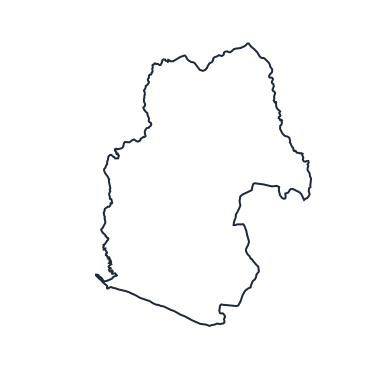 outline of Liúpo, Nampula, Mozambique, rotated 68°
{"feature_id": "85939544B62807674730552", "entity_name": "Liúpo", "entity_type": "district", "adm_level": 2, "iso_a3": "MOZ", "parent_name": "Mozambique", "parent_adm1": "Nampula", "projection": "albers", "projection_center": [40.01, -15.693], "detail": "fine", "context": "isolated", "style": "outline", "palette": "slate", "viewbox_px": 384, "rotation_deg": 68, "n_neighbors": 0, "source": "geoboundaries", "source_scale": "gbopen_adm2", "svg_char_len": 5935}
<svg xmlns="http://www.w3.org/2000/svg" viewBox="0 0 384 384"><g transform="rotate(68 192 192)"><path d="M241.5,297.4L242.1,298.0L242.4,299.0L242.5,304.7L241.9,306.9L241.1,307.4L237.6,308.1L235.6,309.6L234.2,309.8L233.1,310.8L232.7,312.0L233.3,312.3L237.6,310.5L239.6,309.4L242.9,308.2L247.3,305.8L249.1,306.8L249.8,306.6L250.0,305.7L249.7,304.3L249.8,302.7L251.6,300.7L253.1,298.4L254.4,297.2L259.0,290.6L261.2,288.1L266.7,282.9L270.7,279.8L277.5,271.9L280.4,270.0L283.3,267.1L283.9,265.6L285.7,263.9L287.7,260.9L293.6,255.6L295.5,253.3L300.9,249.0L301.1,249.0L304.4,245.4L311.1,239.9L317.4,233.7L320.3,228.5L322.7,226.0L322.8,223.5L323.4,220.9L323.4,217.9L324.9,215.7L325.6,211.8L325.0,210.8L323.7,210.3L322.2,210.1L321.1,209.3L320.7,208.5L319.6,207.9L316.7,208.5L316.1,208.9L315.2,211.1L314.6,211.4L312.2,211.2L309.9,209.6L308.4,209.0L307.4,207.7L307.2,206.9L307.6,206.6L314.5,193.3L314.5,191.6L312.8,189.4L310.9,187.3L307.1,184.2L303.9,180.4L303.2,178.9L302.4,175.7L302.4,173.4L301.4,172.9L297.6,169.4L296.4,166.1L294.5,164.2L292.7,163.2L291.0,160.1L290.4,159.6L285.9,158.5L284.0,159.5L279.8,160.9L277.3,161.5L276.4,161.8L275.9,162.5L273.3,162.7L270.0,164.0L266.7,164.0L264.9,163.1L262.4,160.1L259.7,157.9L258.7,157.6L253.2,157.1L248.4,156.2L242.6,156.1L241.1,156.6L240.8,157.1L240.3,159.0L239.0,161.9L238.8,164.7L238.2,165.8L235.0,163.9L232.2,161.2L229.2,159.7L227.7,157.5L223.4,152.9L222.1,152.0L220.1,151.8L217.8,151.1L214.2,148.9L213.3,146.3L212.7,136.4L212.4,135.7L210.2,134.4L207.8,132.5L207.3,131.6L207.5,130.3L212.0,122.5L216.8,115.7L218.0,111.3L219.4,109.8L220.1,109.3L221.3,110.2L222.5,110.4L223.0,110.9L227.9,111.6L231.3,110.7L232.8,109.2L232.8,107.8L231.4,106.9L228.4,106.1L228.6,103.1L226.5,100.1L226.3,99.1L226.8,97.8L227.5,96.9L232.6,92.4L235.0,91.4L241.4,91.1L240.7,89.1L240.8,87.3L238.8,84.3L237.9,83.7L235.0,83.5L232.4,82.0L231.8,80.3L230.3,79.9L224.2,76.6L221.8,76.7L218.6,76.0L214.8,76.6L213.1,75.9L211.6,74.5L209.6,74.5L209.2,73.5L208.4,72.8L206.8,72.6L206.4,73.8L206.4,75.2L205.8,76.5L205.2,76.9L203.8,77.1L203.1,77.0L202.1,76.0L201.4,75.9L199.0,76.0L198.0,75.1L196.9,76.2L196.8,77.1L195.1,79.3L195.1,79.8L194.4,80.3L193.1,80.4L192.2,81.2L192.3,81.9L191.6,82.3L190.0,81.8L188.9,81.8L187.3,82.4L184.2,82.4L182.6,82.7L181.3,81.8L178.2,81.5L176.7,82.4L174.7,84.9L173.8,85.4L171.3,86.3L166.5,86.7L163.6,85.4L163.3,84.2L161.8,82.8L160.0,82.4L159.3,81.7L158.6,82.2L158.9,82.7L158.6,83.3L157.1,83.3L155.9,84.0L155.1,83.4L154.7,81.8L154.0,81.3L151.5,81.6L150.4,80.1L146.8,81.7L144.4,81.9L141.2,80.9L140.4,80.3L139.8,80.5L139.9,81.6L137.8,82.0L136.3,80.8L134.2,80.1L131.6,78.0L130.3,77.9L128.3,79.1L127.2,79.0L124.8,76.6L122.6,76.1L120.9,77.0L119.8,76.8L118.2,75.0L117.4,74.6L116.8,74.6L115.9,75.3L115.2,76.8L114.4,77.4L113.5,77.2L112.2,75.8L111.4,73.9L110.5,72.6L108.2,71.7L105.5,72.5L103.3,72.1L100.8,72.4L95.2,74.8L94.4,75.5L94.3,76.6L92.8,78.0L90.9,78.6L87.1,79.1L82.9,80.8L79.0,82.9L75.5,83.8L75.1,85.2L76.1,87.1L76.5,88.8L76.7,93.1L75.4,98.0L75.3,99.9L76.0,101.4L76.7,104.0L76.4,105.1L74.8,106.7L74.3,108.6L74.7,110.1L76.2,110.9L76.7,111.5L77.0,112.9L77.0,113.5L75.2,115.8L75.6,117.6L75.5,120.6L76.2,122.4L77.3,122.8L78.6,124.2L79.1,125.1L79.3,127.9L79.9,128.4L81.1,130.3L82.3,131.3L82.8,131.9L82.9,132.8L83.7,133.5L83.8,136.4L81.7,139.0L73.6,141.2L72.3,142.1L71.0,144.3L68.5,146.0L66.8,146.7L63.6,147.0L62.7,147.6L62.4,152.2L63.7,160.5L62.8,162.8L60.7,164.4L62.2,165.1L62.3,165.7L60.9,166.2L60.5,167.1L59.1,167.4L58.9,168.2L58.4,168.6L58.5,169.5L59.0,170.3L59.6,170.6L60.0,171.2L60.9,171.6L62.4,173.6L62.2,174.5L60.4,175.7L59.9,177.4L58.9,178.0L58.8,178.6L59.5,179.8L59.4,180.8L59.7,181.2L61.9,181.8L63.2,182.9L64.7,183.1L65.8,183.6L66.1,184.6L66.9,185.0L67.7,185.8L67.4,187.1L67.8,188.3L70.1,189.3L70.8,190.7L72.4,191.1L73.5,190.7L74.4,191.0L75.7,192.9L76.4,195.2L77.4,195.6L78.7,196.7L79.8,198.5L82.1,198.6L84.2,199.3L85.2,200.3L86.5,200.7L87.7,201.7L90.0,202.6L93.0,202.6L94.7,203.6L95.5,205.6L98.1,205.5L100.8,204.6L102.0,203.9L103.7,204.3L107.9,204.4L110.0,205.6L111.1,205.4L112.7,204.2L114.3,204.5L115.3,205.8L115.6,207.3L116.2,207.9L115.8,210.1L117.0,212.0L118.2,213.1L120.2,213.8L122.6,214.0L122.9,214.3L123.2,215.3L122.7,216.2L123.4,219.2L123.7,220.0L124.7,220.5L124.9,220.9L125.0,223.4L124.0,224.5L121.6,226.0L121.5,227.6L122.5,231.3L120.5,235.6L121.3,236.8L124.1,238.8L124.9,240.1L125.1,241.5L124.4,245.3L123.7,245.6L123.4,246.3L123.7,247.0L123.6,247.5L124.8,248.0L125.6,247.4L126.4,247.3L126.8,247.6L128.4,247.7L128.4,246.5L128.9,246.4L129.7,246.8L130.7,246.1L133.1,247.9L132.0,250.8L130.5,250.9L129.9,251.7L127.4,252.9L127.0,254.3L127.7,255.9L128.6,256.7L131.2,258.3L131.9,259.2L134.3,260.2L135.4,261.8L137.1,263.3L137.5,264.4L138.2,265.1L139.5,265.5L141.8,265.5L146.0,264.4L148.7,264.3L149.1,264.0L151.0,265.1L158.0,266.3L158.9,267.4L160.8,267.5L162.0,269.0L163.3,269.8L166.0,270.0L167.0,270.5L167.8,270.5L168.4,269.5L172.1,270.0L172.4,270.3L171.9,271.4L172.0,271.8L172.7,271.7L173.1,272.1L174.1,273.1L174.7,274.3L174.1,275.6L174.9,279.0L175.3,279.3L176.1,279.9L176.5,279.9L178.1,281.6L180.9,282.2L182.3,282.1L183.7,283.0L184.9,283.0L188.1,283.9L192.0,288.5L192.3,289.6L193.0,290.4L195.2,290.3L196.7,289.8L199.4,288.5L200.4,288.6L200.7,288.2L202.3,288.1L203.1,287.1L203.9,287.0L204.8,287.6L205.3,288.9L207.4,291.8L207.9,293.9L208.7,293.8L210.0,295.0L210.7,294.9L212.0,295.3L211.7,294.2L211.9,293.5L213.1,294.1L216.3,293.5L217.0,294.0L217.2,295.0L218.3,295.5L219.2,294.7L220.8,294.8L221.5,293.3L222.3,293.6L222.6,294.4L222.9,294.0L222.8,293.3L223.5,293.2L224.6,294.2L224.9,293.9L224.8,293.2L226.1,293.1L226.8,293.5L226.5,295.0L226.8,295.4L227.4,294.2L227.6,294.0L228.0,294.5L228.7,294.0L229.4,296.6L229.9,297.3L230.9,297.2L232.2,295.9L232.6,296.0L232.5,297.4L232.7,297.8L233.2,298.2L234.2,298.2L235.0,297.8L235.2,297.3L234.8,296.0L235.1,295.2L235.8,295.2L237.0,296.7L238.0,296.6L238.6,293.7L241.2,292.9L241.4,293.4L241.1,296.0L241.5,297.4Z" fill="none" stroke="#1e293b" stroke-width="2"/></g></svg>